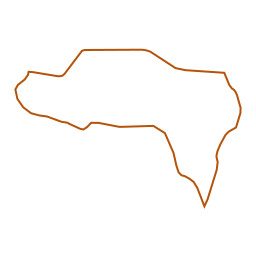 the Parish of Westmoreland
{"feature_id": "JAM-1376", "entity_name": "Westmoreland", "entity_type": "Parish", "adm_level": 1, "iso_a3": "JAM", "parent_name": "Jamaica", "parent_adm1": "", "projection": "natural_earth1", "projection_center": [-78.09, 18.195], "detail": "fine", "context": "isolated", "style": "outline", "palette": "amber", "viewbox_px": 256, "rotation_deg": 0, "n_neighbors": 0, "source": "natural_earth", "source_scale": "10m", "svg_char_len": 868}
<svg xmlns="http://www.w3.org/2000/svg" viewBox="0 0 256 256"><path d="M204.4,206.3L197.3,187.9L193.7,182.0L189.7,178.9L185.1,176.3L181.4,175.2L178.6,172.3L176.4,165.7L173.5,152.9L164.9,133.1L153.4,125.9L119.5,126.9L98.7,122.9L91.2,122.8L86.8,127.3L83.3,129.5L80.2,128.8L68.8,123.6L67.7,122.8L61.2,121.7L47.0,116.5L39.1,115.4L31.0,113.2L23.2,107.3L17.4,98.9L15.4,89.4L17.9,84.9L24.7,79.5L28.0,74.9L28.6,71.8L32.7,72.1L57.6,76.2L60.1,76.2L62.5,75.7L64.7,73.7L82.0,50.8L84.7,50.0L141.9,49.7L146.1,50.3L150.2,51.6L175.5,68.1L185.6,70.2L224.3,72.8L229.3,85.0L232.0,88.6L233.1,89.2L234.1,90.0L234.9,91.0L235.6,92.1L236.9,94.8L240.6,107.9L240.4,113.1L236.0,127.5L229.1,131.4L227.5,132.8L225.4,135.1L220.4,144.2L217.5,151.1L216.7,154.5L216.5,156.1L216.6,157.6L217.3,160.5L217.7,161.8L216.7,169.9L207.6,199.3L204.4,206.3Z" fill="none" stroke="#b45309" stroke-width="2"/></svg>